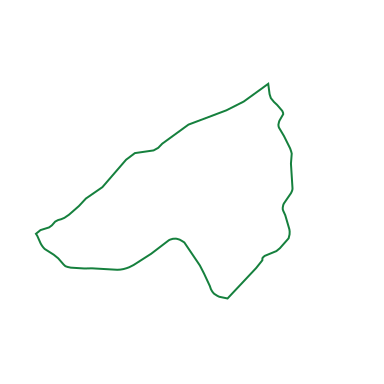 map outline of Grand Kru (Mercator projection), rotated 124°
{"feature_id": "LBR-780", "entity_name": "Grand Kru", "entity_type": "County", "adm_level": 1, "iso_a3": "LBR", "parent_name": "Liberia", "parent_adm1": "", "projection": "mercator", "projection_center": [-8.188, 4.813], "detail": "fine", "context": "isolated", "style": "outline", "palette": "green", "viewbox_px": 384, "rotation_deg": 124, "n_neighbors": 0, "source": "natural_earth", "source_scale": "10m", "svg_char_len": 1340}
<svg xmlns="http://www.w3.org/2000/svg" viewBox="0 0 384 384"><g transform="rotate(124 192 192)"><path d="M313.9,298.0L308.3,296.3L301.3,290.7L298.0,289.5L293.1,288.9L290.1,287.3L287.8,285.3L284.9,283.4L279.7,281.3L266.9,277.9L256.7,276.3L238.1,269.0L202.1,264.7L191.7,261.1L179.0,247.1L174.3,244.7L168.6,243.7L138.1,232.6L105.1,209.2L88.1,199.7L59.7,189.3L67.5,182.4L70.1,179.1L71.5,174.4L72.2,170.1L74.3,162.5L75.4,160.8L76.5,159.9L83.9,159.4L85.4,159.0L87.9,158.0L89.1,157.0L90.0,155.9L94.2,147.0L101.0,135.0L102.9,132.5L104.4,130.8L113.2,125.8L132.8,110.7L133.9,110.1L135.1,109.7L137.4,109.3L150.2,109.4L151.7,109.1L154.1,108.1L155.6,107.1L156.6,105.8L159.1,101.7L168.5,90.4L170.2,88.9L172.6,87.4L176.4,86.0L189.5,87.7L193.8,89.0L204.3,96.0L206.1,96.5L207.5,96.6L209.3,95.5L219.2,96.3L260.4,103.0L263.6,110.8L263.9,112.9L264.0,116.7L263.5,118.7L262.8,120.4L261.9,122.1L260.0,124.6L252.9,136.4L248.5,144.4L238.1,170.2L238.2,173.0L238.4,175.6L238.9,177.2L239.4,178.7L240.0,179.7L241.5,181.7L243.7,183.5L244.9,184.2L266.0,191.3L285.2,199.6L289.5,202.0L291.7,203.6L294.2,205.7L296.4,208.0L298.3,210.5L311.3,232.4L315.5,238.3L322.5,250.2L323.7,253.2L324.3,255.5L323.9,258.0L321.8,265.8L321.3,271.6L321.6,282.3L321.1,284.4L320.3,286.6L319.3,288.7L314.9,295.7L313.9,298.0L313.9,298.0Z" fill="none" stroke="#15803d" stroke-width="2"/></g></svg>